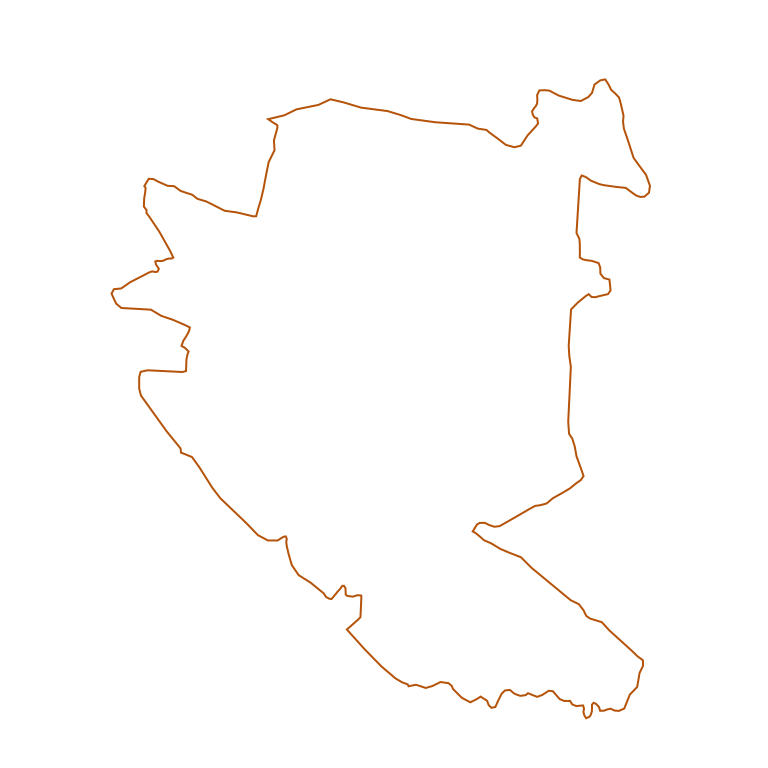 outline of Sauce, Canelones, Uruguay, rotated 94°
{"feature_id": "84410073B43433365311667", "entity_name": "Sauce", "entity_type": "district", "adm_level": 2, "iso_a3": "URY", "parent_name": "Uruguay", "parent_adm1": "Canelones", "projection": "natural_earth1", "projection_center": [-56.056, -34.624], "detail": "fine", "context": "isolated", "style": "outline", "palette": "amber", "viewbox_px": 768, "rotation_deg": 94, "n_neighbors": 0, "source": "geoboundaries", "source_scale": "gbopen_adm2", "svg_char_len": 4042}
<svg xmlns="http://www.w3.org/2000/svg" viewBox="0 0 768 768"><g transform="rotate(94 384 384)"><path d="M683.8,338.4L681.8,331.1L684.3,321.1L681.9,314.6L677.4,306.9L677.9,298.9L680.3,295.5L683.5,293.8L691.6,284.5L695.5,275.7L691.9,269.5L689.1,265.8L692.8,259.1L697.1,257.1L699.5,254.2L698.5,250.4L692.4,248.2L684.9,245.1L681.3,242.0L680.4,237.1L683.9,232.2L685.6,226.4L684.5,221.0L682.4,218.8L683.8,214.5L685.4,209.4L683.2,204.5L678.5,198.2L678.7,194.1L686.0,186.8L687.6,182.3L687.2,176.2L690.5,173.9L691.9,169.7L691.2,165.9L690.8,163.0L694.0,161.8L697.2,162.2L700.7,161.0L703.3,159.0L701.6,155.8L699.7,154.7L696.0,153.8L692.3,153.9L689.4,154.2L687.4,152.7L688.3,150.2L691.2,147.0L694.9,145.6L694.6,141.9L693.1,138.7L692.1,135.3L693.7,131.1L693.7,126.8L691.0,121.7L676.7,117.1L668.6,110.3L654.4,108.9L647.0,105.9L641.5,106.5L637.9,112.2L632.9,118.1L614.3,141.8L606.4,150.1L604.9,156.5L603.6,162.1L601.2,166.1L595.9,169.1L590.1,174.2L586.7,182.6L557.1,224.0L547.3,235.3L543.4,247.7L540.4,256.4L535.5,265.9L532.9,273.3L529.2,278.1L526.4,282.1L524.9,285.2L517.6,281.4L515.9,278.8L515.5,273.6L517.4,269.1L518.7,263.9L517.7,258.7L512.0,250.1L499.3,231.3L495.1,224.8L493.9,219.3L491.8,213.4L486.0,207.4L480.4,198.8L474.9,190.9L470.2,186.0L466.1,181.0L461.9,178.5L453.0,182.3L442.8,186.9L432.9,189.4L425.3,192.4L420.8,195.9L408.8,197.6L380.9,198.2L353.9,198.8L343.1,201.1L333.1,202.4L296.6,202.6L289.4,196.5L282.2,188.9L280.1,186.0L282.7,183.1L282.7,179.4L281.1,174.6L280.0,171.1L278.7,166.8L274.8,164.5L264.1,166.4L263.0,172.0L258.9,175.8L252.5,176.5L248.4,178.4L246.6,185.6L246.5,188.9L245.9,194.1L244.2,197.5L238.6,197.8L230.3,198.5L225.7,199.2L219.9,202.5L165.8,202.9L162.2,201.3L163.4,197.3L166.8,191.6L169.6,183.0L170.3,178.8L171.2,166.1L171.5,156.5L175.5,150.3L178.4,145.6L179.5,141.4L179.0,137.4L174.7,133.0L167.8,132.5L157.2,137.1L148.2,144.8L141.0,150.8L126.3,156.7L112.5,162.5L106.0,163.8L99.5,163.8L86.8,167.7L81.8,169.5L78.0,173.7L74.6,178.0L69.7,180.8L64.7,184.6L66.0,189.4L70.6,194.9L79.1,196.8L83.5,200.2L88.0,207.5L87.4,215.8L84.2,229.4L82.1,234.4L79.8,239.4L79.7,244.0L80.3,249.5L85.1,251.4L90.1,250.8L93.8,250.9L96.3,252.0L98.5,253.6L101.6,255.3L104.6,254.5L107.5,252.6L108.4,249.7L113.4,248.5L116.8,250.8L121.2,254.3L126.0,258.1L136.7,264.1L138.7,270.4L137.0,279.0L131.5,287.3L125.9,296.2L123.4,299.5L122.7,308.2L119.3,317.2L119.3,350.9L117.7,375.3L114.6,385.9L111.5,399.5L109.9,426.1L105.9,444.0L103.7,457.2L110.2,469.0L116.1,490.4L122.9,502.2L127.9,518.0L131.1,512.6L133.1,508.6L135.8,508.2L148.7,510.8L158.4,509.5L170.6,514.5L181.9,516.0L197.4,517.8L208.6,519.6L218.3,521.8L225.5,523.2L225.9,526.0L223.1,542.7L222.3,555.0L214.3,574.0L212.3,583.0L208.5,588.7L207.0,595.1L205.5,600.5L201.3,607.1L201.4,613.7L197.9,623.4L195.7,628.2L195.7,632.9L198.3,634.4L203.4,636.9L204.9,635.5L209.6,635.6L215.9,636.2L223.8,635.9L227.1,633.0L230.0,632.9L233.4,629.9L247.8,618.7L266.4,606.5L272.6,603.0L273.7,604.7L273.8,607.2L274.7,609.9L276.4,612.7L277.0,615.6L277.0,619.5L277.8,620.7L280.6,619.8L284.9,616.6L287.7,617.8L288.3,620.0L287.8,623.1L289.3,626.5L292.0,630.8L300.3,644.5L307.0,652.8L308.3,660.1L312.8,662.1L317.0,659.9L322.6,656.7L326.5,651.3L326.1,621.7L331.6,610.9L334.6,599.3L339.0,586.9L341.1,581.6L344.7,582.1L350.0,584.5L355.1,587.3L360.2,588.6L361.8,585.1L365.2,581.2L367.8,582.0L373.2,582.8L384.9,582.4L386.1,585.9L386.8,620.7L388.8,627.6L394.1,628.7L405.6,627.9L412.4,625.7L446.4,597.5L462.4,582.5L466.8,581.6L467.2,579.7L470.3,570.4L479.8,562.5L499.4,548.1L509.4,539.3L532.5,511.5L543.5,499.3L548.2,488.9L547.5,479.2L545.6,476.6L543.4,473.6L542.9,471.3L545.2,470.2L548.4,470.5L552.4,469.7L560.3,467.3L571.2,463.3L580.7,455.7L587.4,443.2L597.1,429.5L600.5,427.0L602.0,423.7L602.2,421.4L599.3,419.3L597.0,417.6L594.2,415.7L591.5,413.5L588.2,411.5L588.2,409.8L590.5,408.1L592.9,407.9L596.8,407.5L598.0,405.7L598.3,400.2L596.5,395.7L596.6,392.0L598.5,391.7L618.2,391.2L620.4,393.0L631.5,403.9L649.7,385.1L665.9,366.9L676.8,352.1L680.3,345.2L682.0,339.4L683.8,338.4Z" fill="none" stroke="#b45309" stroke-width="2"/></g></svg>